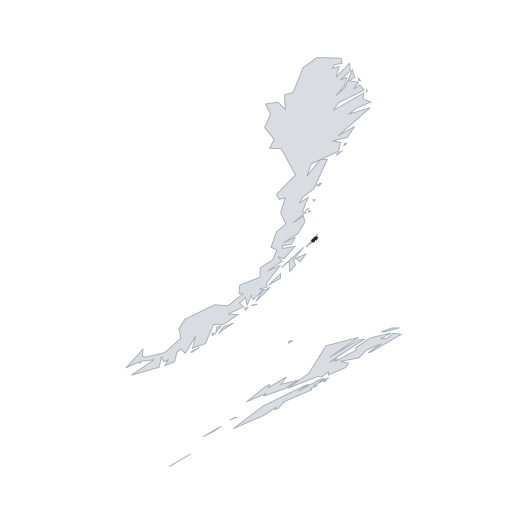 location of Flakstad nor, Nordland, Norway, rotated 151°
{"feature_id": "86288312B97384996030155", "entity_name": "Flakstad nor", "entity_type": "district", "adm_level": 2, "iso_a3": "NOR", "parent_name": "Norway", "parent_adm1": "Nordland", "projection": "equal_earth", "projection_center": [13.24, 68.069], "detail": "fine", "context": "in_parent", "style": "filled", "palette": "slate", "viewbox_px": 512, "rotation_deg": 151, "n_neighbors": 0, "source": "geoboundaries", "source_scale": "gbopen_adm2", "svg_char_len": 5836}
<svg xmlns="http://www.w3.org/2000/svg" viewBox="0 0 512 512"><g transform="rotate(151 256 256)"><path d="M304.6,226.0L285.8,229.3L288.9,231.6L284.5,238.3L262.7,235.6L258.0,243.6L243.2,244.6L234.8,251.1L238.6,256.3L226.7,267.0L214.2,269.6L213.5,281.7L202.4,292.6L208.2,294.3L208.1,300.0L182.3,307.7L181.7,337.5L191.8,343.6L183.6,349.3L186.2,364.2L174.6,372.9L173.9,384.3L162.4,379.9L159.2,370.0L153.0,382.9L144.1,381.1L123.5,397.9L106.6,400.0L85.8,387.8L87.4,382.8L94.3,385.3L98.2,383.1L91.5,381.4L99.3,373.5L80.8,379.2L83.7,372.1L96.9,369.1L90.0,368.3L96.2,362.1L108.6,357.5L96.5,360.2L81.5,372.2L82.8,364.6L89.7,364.0L82.3,358.6L89.8,354.5L82.2,355.4L81.1,348.7L109.6,350.1L117.8,345.9L82.7,346.3L86.3,341.4L81.0,335.0L96.1,336.5L106.1,335.1L84.3,330.4L125.8,321.3L107.0,321.5L118.8,315.5L133.1,319.5L127.0,314.5L133.0,307.6L162.9,309.8L172.6,301.4L153.2,309.0L146.6,306.0L173.2,286.6L187.0,284.8L192.5,281.2L182.0,282.1L194.1,272.1L190.8,270.0L207.4,267.1L195.3,268.1L196.5,262.2L208.3,255.4L225.6,254.2L212.7,253.2L219.5,249.0L227.9,252.2L229.1,249.7L217.3,245.7L233.0,240.0L237.1,244.7L235.5,238.8L253.0,237.3L239.4,235.9L259.6,227.5L261.5,223.4L269.3,225.5L266.0,223.2L279.5,219.1L279.3,224.0L287.6,217.3L285.4,225.1L293.3,222.8L291.4,217.7L308.8,218.7L300.5,213.6L317.3,211.8L326.3,216.8L342.8,203.9L356.0,206.3L347.7,215.2L365.0,205.1L366.9,211.4L371.9,210.1L378.5,202.9L388.8,204.3L383.1,208.0L387.9,208.1L387.7,213.4L394.6,205.7L422.8,212.2L395.4,214.7L408.0,219.9L424.0,221.1L400.2,229.3L404.0,223.4L401.1,220.8L382.4,215.7L361.6,220.5L358.7,229.7L348.9,235.1L315.8,233.4L304.6,226.0ZM231.8,115.0L250.4,116.8L248.7,119.8L257.1,118.2L260.5,120.8L292.6,124.9L266.6,127.8L238.3,143.5L205.8,135.1L240.4,131.8L206.9,132.9L202.1,130.7L243.2,127.5L234.7,126.8L238.5,125.5L213.9,125.0L213.3,127.5L195.8,128.9L174.9,123.2L187.1,123.2L182.1,120.6L173.1,121.8L167.0,117.1L202.1,116.3L204.8,117.1L188.9,118.5L205.3,120.2L215.4,117.0L233.3,123.0L227.0,117.4L231.8,115.0ZM272.2,112.0L302.1,115.0L310.1,112.0L313.7,112.4L311.6,114.0L326.4,112.8L359.4,116.0L322.3,121.3L277.3,119.1L272.0,118.3L284.8,117.2L260.8,117.1L255.3,115.8L262.2,115.1L251.2,114.3L267.8,114.5L265.8,113.0L272.5,113.7L272.2,112.0ZM295.3,126.0L317.5,129.7L313.7,131.0L335.1,133.0L310.7,137.2L306.2,136.8L309.0,134.7L288.2,135.6L296.4,131.6L279.2,127.0L295.3,126.0ZM229.6,235.5L239.8,233.4L210.1,240.5L225.1,234.7L225.9,229.0L234.1,226.0L229.6,235.5ZM245.3,224.8L259.2,224.4L243.0,228.7L245.3,224.8ZM258.8,221.7L278.3,216.3L268.1,222.0L258.8,221.7ZM165.4,123.6L180.2,127.3L183.6,129.0L171.9,127.1L165.4,123.6ZM220.1,229.6L222.6,234.7L211.6,233.5L220.1,229.6ZM326.3,206.3L318.9,209.7L308.1,208.3L320.4,207.6L326.3,206.3ZM327.9,208.8L324.8,212.8L320.2,211.7L327.9,208.8ZM197.7,240.9L208.3,239.7L196.7,243.2L197.7,240.9ZM432.9,113.9L409.0,114.6L433.8,113.8L432.9,113.9ZM376.0,123.1L390.0,123.6L368.9,124.0L376.0,123.1ZM349.7,203.6L357.6,202.7L360.2,203.5L349.7,203.6ZM333.0,207.7L331.6,209.9L329.3,208.0L333.0,207.7ZM291.5,213.6L291.5,215.8L288.4,215.1L291.5,213.6ZM269.5,163.9L268.6,165.6L264.8,164.2L269.5,163.9ZM358.7,125.2L352.3,125.0L351.6,124.5L358.7,125.2ZM166.9,286.6L169.0,288.7L163.1,288.2L166.9,286.6ZM278.0,213.2L282.0,214.0L284.4,215.3L278.0,213.2ZM255.5,112.8L258.3,113.6L254.0,113.3L255.5,112.8ZM135.9,306.0L129.1,306.3L136.3,305.0L135.9,306.0ZM126.0,309.7L123.4,311.5L122.3,310.5L126.0,309.7ZM195.0,243.7L191.4,245.6L195.3,242.4L195.0,243.7ZM81.0,359.5L80.0,362.7L79.7,358.5L81.0,359.5ZM188.0,270.4L186.5,268.8L188.6,268.9L188.0,270.4ZM409.5,217.8L408.9,219.6L408.5,219.3L409.5,217.8ZM189.9,272.0L186.0,272.3L190.7,271.6L189.9,272.0ZM178.6,275.8L178.9,277.4L177.1,276.9L178.6,275.8ZM80.0,346.1L78.2,348.0L78.7,346.4L80.0,346.1Z" fill="#d9dde1" stroke="#a8b0b8" stroke-width="1"/><path d="M198.5,240.9L197.9,240.8L197.8,241.0L197.6,241.3L198.1,241.4L198.2,241.5L198.1,241.8L198.2,242.0L198.3,242.1L198.2,242.1L197.9,242.1L197.7,242.0L197.8,242.0L197.8,241.9L198.0,241.8L198.0,241.7L197.8,241.7L197.6,241.6L197.2,241.7L196.9,241.7L196.9,241.8L196.7,241.8L196.7,242.0L196.8,242.0L196.7,242.0L196.8,242.0L196.7,242.1L196.8,242.1L196.7,242.0L196.4,242.1L196.1,242.3L196.0,242.5L195.9,242.5L196.0,242.6L196.1,242.8L196.3,242.9L196.2,242.9L196.3,243.0L196.5,243.0L196.4,243.1L196.5,243.1L196.7,242.9L196.8,242.7L196.8,242.4L197.0,242.4L197.0,242.5L197.2,242.8L197.1,243.0L197.3,243.1L197.5,243.1L197.8,243.0L197.8,242.9L198.1,242.8L198.2,242.7L198.2,242.8L198.3,242.8L198.4,242.7L198.2,242.7L198.3,242.7L198.4,242.4L198.4,242.5L198.5,242.7L198.9,242.7L199.0,242.5L198.9,242.5L199.0,242.5L198.9,242.4L199.0,242.3L198.9,242.3L198.9,242.2L199.0,242.2L199.3,241.9L199.2,241.9L199.2,241.7L199.3,241.7L199.5,241.5L199.5,241.4L199.2,241.3L199.5,241.3L199.4,241.3L199.5,241.3L199.8,241.2L199.7,241.2L199.4,241.1L199.1,241.0L198.8,240.9L198.7,240.8L198.5,240.9ZM195.9,243.6L196.0,243.5L196.2,243.4L195.9,243.2L196.0,243.1L195.9,243.1L196.0,243.0L195.9,243.0L196.1,242.9L195.8,242.8L196.0,242.7L195.9,242.7L195.7,242.5L195.3,242.7L195.2,242.8L194.9,242.8L195.0,242.9L194.9,242.9L194.7,242.9L194.8,242.8L194.6,242.7L194.4,242.7L194.5,242.6L194.8,242.7L195.0,242.7L194.9,242.6L195.0,242.6L195.3,242.5L195.7,242.4L195.8,242.3L195.9,242.2L195.7,242.2L195.5,242.3L195.4,242.4L195.4,242.2L195.5,242.2L195.8,242.1L196.0,242.0L195.9,242.0L196.0,242.0L195.9,241.9L196.0,241.9L196.0,242.0L196.0,241.9L196.2,242.0L196.2,241.9L196.1,241.7L196.1,241.8L196.0,241.7L195.9,241.8L195.8,241.7L195.8,241.8L195.5,241.8L195.6,241.7L195.3,241.6L195.1,241.6L194.8,241.6L194.7,241.6L194.8,241.8L195.0,242.0L194.8,242.1L194.5,242.1L194.4,242.1L194.2,242.3L193.9,242.3L194.0,242.4L194.0,242.5L193.9,242.5L194.0,242.7L194.0,242.8L194.0,243.0L194.4,243.2L194.3,243.3L194.5,243.4L194.8,243.4L195.3,243.3L195.5,243.4L195.8,243.4L195.9,243.6Z" fill="#64748b" stroke="#1e293b" stroke-width="1.5"/></g></svg>